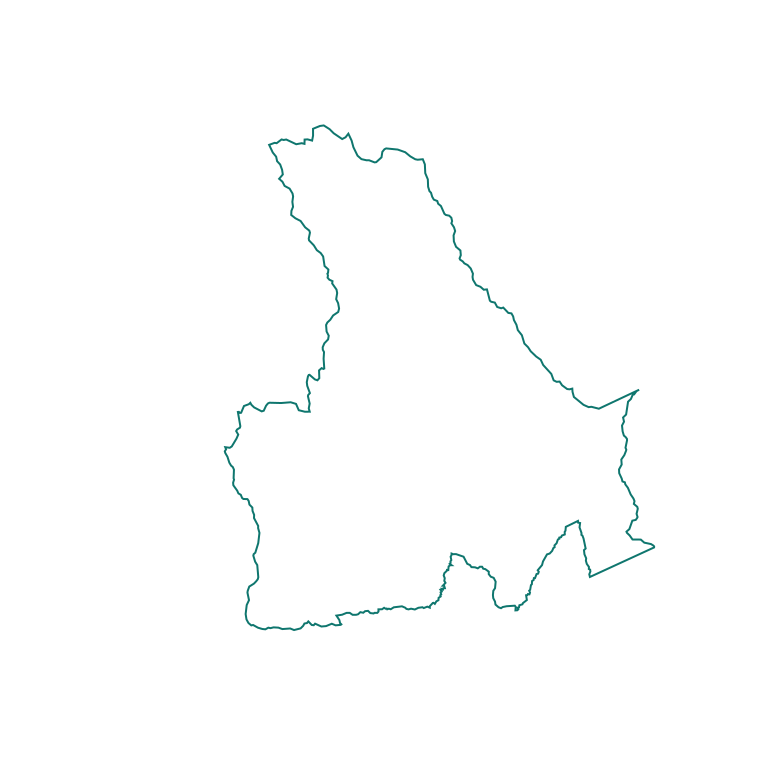 Palanda, Zamora Chinchipe, Ecuador, rotated 334°
{"feature_id": "8360857B40737212656211", "entity_name": "Palanda", "entity_type": "district", "adm_level": 2, "iso_a3": "ECU", "parent_name": "Ecuador", "parent_adm1": "Zamora Chinchipe", "projection": "natural_earth1", "projection_center": [-79.11, -4.519], "detail": "fine", "context": "isolated", "style": "outline", "palette": "teal", "viewbox_px": 768, "rotation_deg": 334, "n_neighbors": 0, "source": "geoboundaries", "source_scale": "gbopen_adm2", "svg_char_len": 6166}
<svg xmlns="http://www.w3.org/2000/svg" viewBox="0 0 768 768"><g transform="rotate(334 384 384)"><path d="M555.1,649.3L555.6,648.4L555.3,647.3L553.8,644.9L548.4,640.7L546.6,636.4L539.2,632.7L538.4,627.8L537.1,624.2L537.2,623.0L540.9,622.0L547.3,615.7L550.7,616.5L552.9,615.3L553.6,614.7L554.1,611.4L557.4,607.4L557.8,605.4L556.0,601.3L557.8,599.1L558.0,596.3L557.3,591.4L557.7,584.2L556.9,580.0L557.4,578.0L555.6,576.1L556.2,573.2L556.3,567.3L557.8,563.8L562.3,560.6L564.2,555.9L568.8,553.3L572.4,550.0L573.0,549.2L573.1,547.2L577.8,541.1L578.3,539.8L577.9,537.6L577.0,535.5L577.7,531.2L579.7,525.7L583.2,523.1L584.2,518.9L588.2,517.6L595.6,506.9L599.4,505.7L602.8,502.7L604.2,503.0L607.8,501.1L610.8,501.0L566.3,500.4L560.4,495.4L557.8,494.5L554.2,490.2L549.0,478.9L550.0,473.7L551.2,470.7L548.4,470.1L546.4,468.8L543.5,463.2L542.9,458.8L540.1,457.7L538.1,455.1L538.8,448.3L535.4,436.7L535.5,430.9L532.8,426.0L530.2,418.9L529.6,414.1L527.9,409.2L529.3,400.6L527.9,394.2L529.0,388.8L528.8,383.5L529.7,379.9L529.5,376.4L526.9,374.6L524.7,367.6L522.5,367.3L519.5,364.4L519.3,359.4L516.4,357.1L515.7,355.5L518.0,344.1L515.0,343.0L513.3,338.9L510.2,335.5L509.7,329.3L510.5,326.6L512.3,323.8L512.6,318.2L511.3,313.8L509.1,310.8L508.5,308.3L506.9,305.6L507.0,304.2L509.5,301.9L511.2,297.5L508.9,292.3L509.3,286.5L511.7,280.9L515.0,277.7L515.6,273.9L515.0,269.1L516.6,267.5L517.4,264.1L516.4,261.3L513.7,259.2L512.9,257.5L513.2,249.0L511.7,245.7L512.1,242.9L509.6,240.1L509.4,236.8L510.1,232.7L509.4,230.6L510.1,226.1L513.1,219.3L513.5,212.6L517.0,204.5L517.4,199.0L512.6,197.2L510.6,195.7L507.4,190.9L504.7,185.0L499.1,179.3L489.2,173.2L487.3,173.2L484.3,174.6L481.1,179.2L474.3,181.2L472.7,180.7L468.6,176.3L466.4,175.3L462.3,172.0L460.3,167.2L460.3,157.8L461.6,151.0L461.7,143.4L457.6,145.4L453.8,145.5L448.7,136.6L446.8,131.1L443.2,125.2L439.5,124.0L432.1,123.5L429.1,129.7L426.1,133.7L422.5,130.6L419.8,129.5L417.8,133.3L415.6,131.5L410.2,130.0L403.3,121.4L400.8,120.7L399.1,119.3L393.1,120.5L391.4,119.3L385.6,118.7L385.5,127.2L386.7,132.4L385.6,136.9L386.9,141.2L386.3,146.8L384.9,151.3L379.7,153.6L381.4,157.8L381.5,162.4L384.8,167.0L385.3,172.7L384.5,175.6L381.5,180.1L379.9,184.9L376.7,187.8L374.7,191.4L377.0,196.2L380.5,200.9L381.8,208.6L384.1,213.4L383.8,215.5L380.1,220.3L379.6,222.1L381.7,228.6L382.3,234.3L384.5,238.5L385.2,242.7L382.3,251.9L384.2,256.7L382.4,259.6L381.5,260.0L381.2,261.9L379.9,263.7L380.6,266.3L382.8,269.0L381.5,270.9L382.7,278.3L381.8,281.7L378.2,286.8L378.2,291.2L376.7,296.5L374.4,299.2L368.3,300.1L363.9,302.7L360.0,303.9L357.8,305.6L355.4,311.7L355.5,316.4L353.3,319.4L348.2,321.3L345.0,324.1L344.0,326.4L344.1,329.0L340.8,334.8L337.1,343.9L336.1,343.9L334.9,342.4L331.6,343.3L328.4,350.4L325.8,351.5L323.9,349.6L321.1,343.1L320.3,342.9L319.0,343.8L315.4,348.5L314.2,352.0L313.4,359.7L311.0,360.7L310.3,361.6L308.6,369.0L305.7,372.9L305.1,376.3L300.8,374.3L295.9,370.2L296.2,363.3L292.1,359.5L283.2,356.0L272.8,350.6L271.1,350.6L268.5,351.8L264.2,355.3L262.1,355.0L257.0,348.1L255.7,344.5L255.6,342.3L253.7,342.9L248.5,342.4L243.0,347.2L241.9,346.9L241.3,345.4L240.4,345.1L236.4,358.9L235.4,360.1L232.0,360.5L230.5,361.5L230.8,365.6L227.5,368.4L219.8,373.4L217.4,373.7L213.6,371.2L213.4,373.5L211.4,374.7L211.1,376.5L211.4,380.8L210.5,386.9L210.8,390.3L211.7,392.4L211.6,395.2L207.5,402.8L207.3,404.2L205.1,406.6L204.2,409.0L205.3,415.5L205.2,418.5L206.7,420.8L206.5,424.2L207.2,425.7L210.8,427.6L211.1,429.8L210.2,433.4L211.5,437.3L210.2,440.5L209.9,444.7L208.4,447.5L208.7,456.4L207.7,458.3L206.8,463.2L201.2,471.9L194.4,479.2L192.3,479.8L191.3,481.0L190.3,487.2L190.7,491.2L186.3,502.6L184.9,504.2L182.6,505.3L179.6,506.4L174.1,507.0L170.8,510.2L169.8,511.7L167.9,519.1L163.7,522.5L158.8,530.1L157.2,535.3L157.4,539.4L158.9,542.8L160.7,543.2L163.9,547.8L167.3,550.9L169.9,552.5L173.2,552.3L175.0,553.7L178.0,554.3L182.3,556.7L185.2,559.7L192.5,562.6L195.3,565.7L201.9,567.1L205.4,565.9L207.5,564.4L210.0,565.1L211.9,564.2L213.4,568.9L215.1,570.0L217.0,569.2L221.4,574.5L225.8,576.2L232.0,576.6L234.7,579.7L239.5,581.5L240.3,581.3L239.7,579.6L240.4,576.6L239.7,571.3L245.2,573.0L250.0,573.3L252.9,574.7L254.6,577.7L257.7,579.2L259.8,579.6L262.7,578.7L265.1,580.5L267.4,579.9L270.2,580.9L271.3,583.9L274.1,585.7L275.1,585.5L277.7,586.8L279.3,586.1L280.2,584.1L283.5,585.6L286.0,585.2L286.9,586.7L288.0,587.0L288.1,587.9L289.9,588.1L291.3,589.4L294.9,589.0L302.7,591.7L305.1,594.5L305.5,595.9L307.2,597.3L309.8,597.8L312.9,600.2L316.8,600.2L320.7,601.5L321.5,602.8L325.3,603.1L327.1,605.1L327.7,603.8L331.9,602.2L332.6,602.4L333.3,603.9L335.8,602.3L338.1,602.2L339.4,600.1L341.8,599.8L342.0,598.5L343.2,598.2L343.5,596.1L344.9,595.9L344.6,593.8L346.3,594.5L346.2,593.5L347.3,594.2L347.9,593.6L349.2,594.2L349.6,591.8L348.4,591.1L352.1,589.7L351.9,587.4L353.5,585.1L353.7,582.3L355.3,580.5L358.6,579.4L359.1,578.7L360.2,579.4L362.1,576.3L364.0,575.9L365.3,576.5L364.2,574.4L365.4,574.0L366.0,572.5L367.3,571.8L368.2,568.4L369.6,567.5L370.4,566.0L371.6,567.3L374.2,568.5L379.8,574.1L380.0,582.1L381.9,584.4L382.3,586.9L385.5,588.7L387.5,590.8L390.2,590.3L392.1,591.3L392.2,593.5L393.9,594.8L395.9,598.6L394.8,600.8L395.5,604.0L397.6,606.3L397.7,610.6L394.3,616.2L391.6,617.8L389.4,621.4L388.3,624.4L388.4,628.2L387.5,631.1L389.1,634.9L390.9,636.8L392.9,636.5L396.8,637.5L404.4,640.6L404.7,642.0L402.9,645.1L404.6,645.8L405.9,645.4L405.8,643.6L407.4,644.0L408.7,642.2L411.8,642.7L412.9,641.8L417.7,640.8L419.1,636.2L420.3,636.6L421.3,635.9L422.5,636.8L423.8,635.5L423.9,633.4L425.1,633.1L427.9,629.2L429.1,628.8L430.7,626.0L432.5,625.8L433.6,624.2L434.6,624.7L437.8,621.7L439.4,622.0L440.8,620.6L440.5,618.8L446.7,616.0L449.1,613.2L455.8,608.6L458.6,609.0L462.0,607.7L464.3,605.7L465.8,605.5L466.5,603.8L469.3,602.8L472.1,600.0L473.8,599.9L474.2,598.9L476.1,599.3L477.4,598.2L480.5,598.5L481.6,596.1L482.8,595.4L484.8,592.1L498.3,592.1L497.7,593.7L499.3,594.9L496.9,598.6L496.2,604.5L495.3,606.1L495.9,607.3L495.6,610.4L493.1,620.3L490.9,621.0L489.5,625.0L489.3,629.3L488.0,631.3L487.4,634.6L488.0,638.2L487.0,640.1L487.9,641.2L487.3,643.0L485.1,645.0L484.5,647.7L555.1,649.3Z" fill="none" stroke="#0f766e" stroke-width="2"/></g></svg>